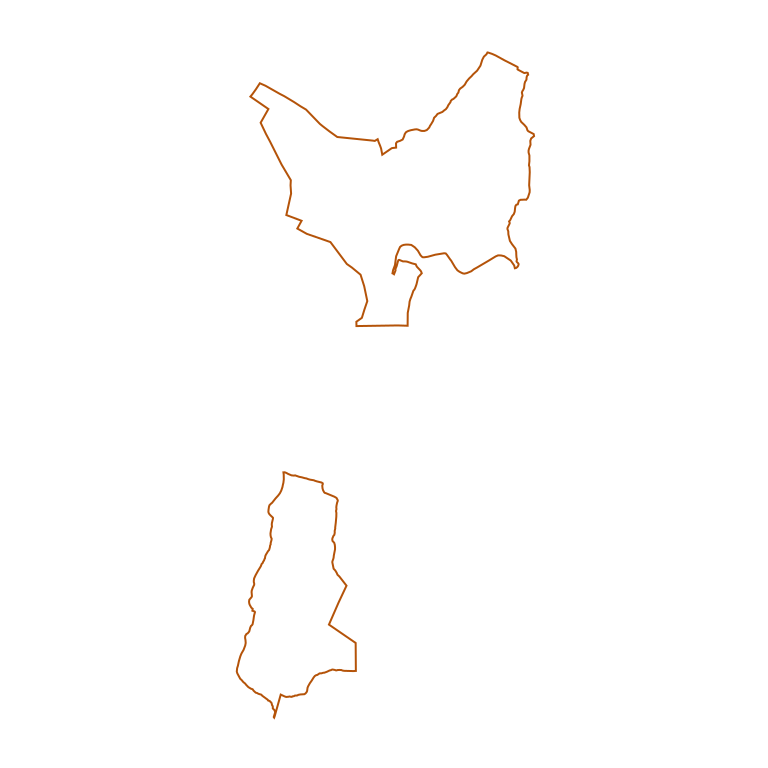 the district of Amaxac de Guerrero, Tlaxcala, Mexico, rotated 262°
{"feature_id": "50627088B74486769027382", "entity_name": "Amaxac de Guerrero", "entity_type": "district", "adm_level": 2, "iso_a3": "MEX", "parent_name": "Mexico", "parent_adm1": "Tlaxcala", "projection": "albers", "projection_center": [-98.192, 19.362], "detail": "fine", "context": "isolated", "style": "outline", "palette": "amber", "viewbox_px": 768, "rotation_deg": 262, "n_neighbors": 0, "source": "geoboundaries", "source_scale": "gbopen_adm2", "svg_char_len": 6121}
<svg xmlns="http://www.w3.org/2000/svg" viewBox="0 0 768 768"><g transform="rotate(262 384 384)"><path d="M487.0,532.3L488.9,533.0L491.0,532.8L493.8,533.0L496.4,533.3L499.8,533.0L504.7,530.2L508.2,528.6L514.9,528.0L517.9,528.3L520.4,527.8L521.5,528.1L525.5,530.8L526.1,530.9L527.6,530.5L528.6,531.7L532.4,534.2L534.2,536.2L536.4,537.4L540.0,538.3L541.9,538.9L543.1,540.0L543.3,541.5L546.8,543.1L547.4,544.8L547.0,549.0L546.7,550.5L548.2,552.1L548.7,552.5L553.6,554.9L555.9,555.3L560.6,555.4L573.4,557.8L578.5,558.3L580.4,558.0L584.3,559.0L590.1,559.8L593.0,559.4L594.8,559.6L596.5,560.2L600.5,562.4L604.4,562.7L606.7,563.9L608.6,567.1L610.7,567.0L614.2,562.1L615.2,561.4L618.3,560.8L621.1,559.0L624.5,556.3L626.7,555.5L628.8,555.1L634.0,555.7L637.5,556.6L642.1,558.3L647.1,559.7L648.7,560.4L649.6,561.0L650.3,561.3L653.4,561.1L654.6,561.7L656.0,562.9L657.7,563.9L661.6,564.9L663.5,565.7L665.5,567.4L667.9,567.9L668.8,568.3L669.6,568.8L670.2,569.8L672.1,569.6L672.5,568.6L672.4,566.3L672.6,565.9L676.6,560.4L677.1,560.0L679.0,560.5L679.4,560.3L687.8,548.3L693.8,540.3L695.9,536.9L697.7,533.3L697.9,532.6L696.2,531.3L694.3,528.5L691.5,526.5L685.8,523.8L681.3,519.8L678.3,515.4L676.7,513.6L674.7,510.8L672.1,507.9L669.1,505.6L667.3,503.2L665.9,500.5L664.5,499.1L662.2,498.2L661.0,496.9L659.2,495.9L658.5,495.2L656.6,492.4L656.2,491.0L655.0,489.5L653.8,489.0L651.2,486.5L649.2,485.2L647.5,483.5L646.6,481.7L645.3,479.7L644.0,474.6L642.2,472.8L640.7,470.7L637.7,469.2L634.6,466.7L633.3,465.5L631.7,464.5L630.4,462.9L629.5,461.7L629.0,459.3L629.3,456.8L629.9,455.3L631.2,453.1L631.7,451.7L631.8,450.0L631.6,446.0L631.3,443.9L631.0,442.5L630.2,440.7L628.4,439.2L626.3,438.3L623.5,436.5L622.6,433.9L622.0,430.7L620.7,429.4L616.4,428.9L616.5,425.0L616.4,424.4L611.3,414.2L617.6,413.9L620.5,413.3L624.4,412.3L627.3,411.8L626.0,408.7L626.6,406.7L635.1,372.1L641.7,365.2L647.9,359.1L650.5,356.7L666.6,345.0L670.6,340.0L675.6,334.3L682.9,325.3L685.8,321.2L695.8,308.2L699.1,302.9L693.7,298.2L689.3,294.0L687.2,291.7L672.4,307.8L659.9,298.2L648.1,301.9L639.9,304.9L615.6,313.1L598.8,320.1L593.7,319.1L585.5,318.5L564.9,310.8L557.1,325.1L550.0,319.8L543.4,328.5L532.0,350.7L508.0,363.9L503.8,368.4L495.5,376.0L483.6,378.0L468.4,379.0L460.5,375.0L452.6,371.3L449.5,365.3L445.2,364.8L440.1,405.6L438.4,415.5L451.1,417.4L458.4,419.9L462.0,420.8L464.6,422.0L466.6,423.2L471.9,425.9L472.4,426.2L473.2,427.2L474.5,428.1L476.7,429.3L478.3,430.1L485.0,432.7L488.4,436.8L490.2,436.4L491.3,435.9L495.4,433.0L496.3,432.6L498.1,432.1L499.5,428.7L501.8,424.2L502.3,422.8L502.8,419.8L504.7,416.5L504.8,416.0L504.7,415.6L504.4,415.4L503.6,414.9L499.1,413.0L496.7,411.6L495.9,411.3L494.8,411.2L491.3,409.2L492.0,408.5L492.4,407.8L495.6,408.9L500.2,411.4L508.8,413.8L515.5,417.7L517.5,419.0L518.5,420.7L519.0,422.7L519.0,424.8L518.7,427.3L517.9,430.4L515.1,433.5L511.3,436.1L506.4,438.1L504.7,439.3L504.1,440.1L503.9,441.6L503.9,445.1L504.9,452.8L505.1,461.7L504.7,463.3L503.2,464.3L497.9,467.0L497.0,467.6L489.8,470.6L486.4,472.5L484.7,474.3L483.5,476.0L482.6,477.4L482.1,478.9L482.3,481.5L483.5,486.1L485.1,488.9L486.4,492.3L491.6,504.9L494.8,512.3L495.5,514.9L495.0,517.8L493.8,520.9L488.6,526.7L483.3,529.4L480.4,529.7L480.5,530.9L481.2,532.2L482.2,533.2L483.4,533.8L484.0,534.0L485.0,533.6L486.4,532.5L487.0,532.3ZM310.5,272.1L308.3,272.1L303.5,271.5L300.1,270.6L298.4,269.9L296.1,269.1L292.7,267.4L290.3,265.7L288.3,263.7L285.8,260.7L281.9,256.6L281.2,255.4L279.9,253.7L278.4,253.0L275.4,252.1L273.4,251.7L272.2,251.9L271.0,252.4L269.6,253.4L267.1,255.4L266.1,255.3L261.8,253.6L260.4,253.3L258.3,253.2L255.9,252.0L251.9,250.8L249.9,250.6L248.1,250.7L246.5,251.2L245.2,250.9L242.2,249.6L241.1,249.5L239.8,248.7L238.0,248.2L235.6,247.1L234.6,245.9L231.4,243.3L230.3,242.6L228.9,242.1L228.0,241.9L227.3,241.3L225.9,240.6L225.0,239.7L223.7,239.0L222.8,237.8L220.6,236.6L216.5,233.2L212.5,230.2L209.5,228.3L207.4,227.7L205.9,227.5L204.7,227.7L203.2,227.5L200.7,225.8L197.9,224.3L196.3,223.9L192.3,223.7L191.4,223.2L189.1,220.6L187.4,220.1L185.9,220.0L184.3,220.2L181.9,221.1L180.8,221.6L179.6,222.7L177.8,222.1L176.8,224.1L176.1,224.5L172.8,223.1L168.3,221.8L164.3,220.4L163.5,219.6L162.9,218.6L161.3,217.6L157.9,216.2L157.2,215.6L156.0,214.2L155.6,213.0L153.8,211.5L151.9,211.1L149.7,211.2L146.8,211.0L144.4,210.2L140.2,207.9L136.9,205.3L134.3,203.8L129.9,201.8L125.3,200.1L123.0,199.0L119.7,198.2L117.8,198.5L112.1,200.6L110.8,201.7L108.4,203.2L106.7,204.8L105.3,205.6L102.7,207.5L100.8,209.8L100.0,211.4L98.4,212.2L96.2,214.0L95.6,215.4L94.7,216.5L93.4,219.3L92.3,220.0L87.4,225.0L86.8,225.1L86.5,225.5L86.1,226.6L84.9,227.4L84.2,228.1L82.5,228.4L81.7,228.4L80.6,228.9L79.6,229.0L78.5,228.7L77.9,228.9L76.7,229.9L75.0,230.5L73.7,230.4L69.9,228.6L69.4,228.5L68.9,228.8L70.2,229.5L90.8,238.5L88.4,242.2L87.7,243.6L87.6,245.7L87.7,247.0L87.1,248.6L87.1,249.4L87.4,249.8L87.4,251.3L87.9,252.6L87.7,253.4L87.7,255.0L88.1,255.8L88.2,258.2L87.9,262.0L88.5,263.2L89.8,264.6L90.9,265.2L93.8,266.0L95.2,266.8L98.1,269.0L100.2,271.0L103.2,273.5L104.5,274.9L105.1,276.3L105.2,277.5L106.4,279.9L106.2,281.8L106.5,283.6L106.4,284.7L107.0,287.5L107.9,290.3L108.0,291.6L108.4,292.8L108.4,293.4L107.6,295.7L107.2,296.3L107.0,297.2L107.2,298.4L107.0,300.3L106.7,301.9L106.0,303.1L105.5,304.7L103.9,314.2L103.9,315.4L103.8,316.2L131.5,319.9L153.4,296.0L173.9,308.6L189.5,318.8L199.6,313.0L201.6,311.4L203.8,310.8L204.9,310.3L206.1,309.8L208.1,308.4L214.6,308.0L215.5,308.2L218.0,309.5L219.3,310.0L221.0,310.4L227.1,312.5L229.2,312.8L231.6,312.9L233.7,312.6L235.7,311.2L237.0,311.1L238.3,311.4L240.8,312.9L241.5,313.8L243.5,314.5L245.3,314.7L247.7,315.6L248.7,315.7L253.2,316.9L259.2,318.3L262.9,318.9L264.9,318.8L266.7,319.5L268.6,319.6L270.4,320.1L272.9,321.0L274.8,322.0L275.7,321.9L277.8,321.1L279.3,319.2L283.9,311.4L284.5,310.1L285.3,309.6L287.2,308.9L289.1,308.6L291.9,308.7L293.5,309.5L294.2,309.5L295.1,308.5L296.9,304.0L297.9,301.9L298.4,301.2L299.6,297.4L300.3,295.8L301.3,294.0L301.8,292.4L303.0,289.7L303.9,287.1L305.9,283.2L305.8,282.2L306.4,279.7L308.4,276.4L309.5,275.0L310.4,273.4L310.5,272.1Z" fill="none" stroke="#b45309" stroke-width="2"/></g></svg>